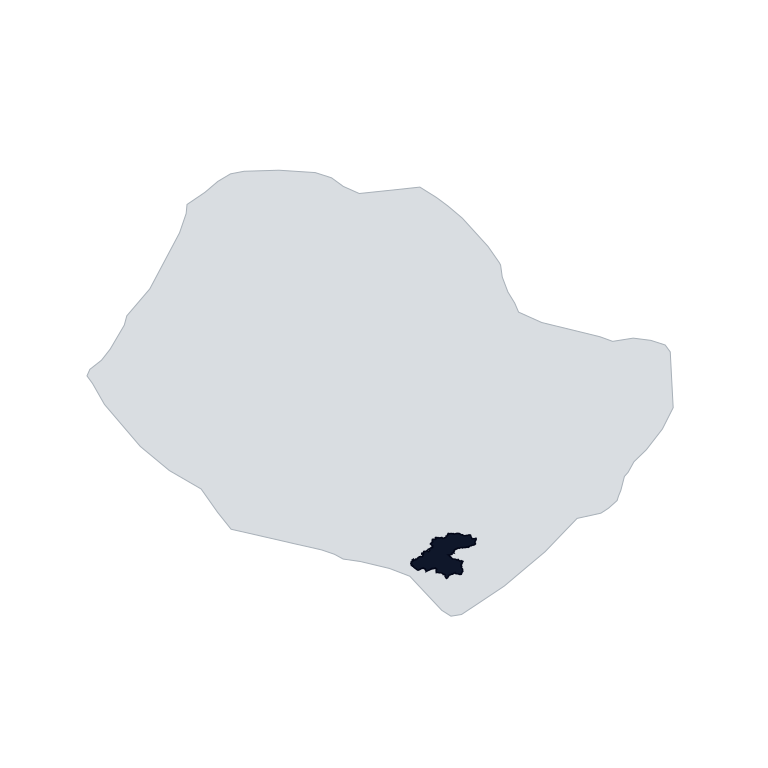 location of Mamants'o, Mafeteng, Lesotho, rotated 255°
{"feature_id": "5366337B49454872209470", "entity_name": "Mamants'o", "entity_type": "district", "adm_level": 2, "iso_a3": "LSO", "parent_name": "Lesotho", "parent_adm1": "Mafeteng", "projection": "equal_earth", "projection_center": [27.358, -29.661], "detail": "fine", "context": "in_parent", "style": "filled", "palette": "ink", "viewbox_px": 768, "rotation_deg": 255, "n_neighbors": 0, "source": "geoboundaries", "source_scale": "gbopen_adm2", "svg_char_len": 6772}
<svg xmlns="http://www.w3.org/2000/svg" viewBox="0 0 768 768"><g transform="rotate(255 384 384)"><path d="M489.9,520.1L471.3,526.8L468.7,527.4L456.7,525.9L440.8,527.5L428.3,531.2L418.6,532.6L402.6,552.2L373.7,604.9L366.0,615.9L363.8,636.6L357.1,653.0L348.9,665.7L340.9,668.8L317.0,663.7L286.3,657.2L268.5,641.3L252.6,620.4L244.2,605.3L235.5,596.9L232.5,592.3L219.9,585.2L215.2,581.6L211.1,579.0L206.0,568.9L203.1,560.1L204.2,535.7L195.4,521.1L180.3,496.2L170.8,475.8L157.7,447.9L149.6,424.0L141.3,399.2L142.4,388.6L150.3,381.3L173.6,368.8L191.6,359.2L204.5,341.4L218.7,315.1L225.5,299.2L232.4,292.0L239.9,280.8L253.0,255.9L267.6,228.4L283.3,198.7L303.0,190.1L329.9,180.2L355.9,154.3L386.8,132.4L436.6,108.7L459.9,102.6L468.7,99.2L474.3,103.7L480.1,117.3L488.6,128.6L508.1,148.4L516.4,153.2L536.5,182.4L558.1,202.5L582.9,225.6L599.8,237.0L608.4,240.2L615.5,260.7L622.7,275.9L626.7,290.1L625.7,303.9L617.7,337.8L606.0,372.3L596.7,386.7L585.4,395.8L574.4,409.4L570.0,437.1L564.9,469.6L550.5,483.0L539.4,491.8L523.9,502.6L489.9,520.1Z" fill="#d9dde1" stroke="#a8b0b8" stroke-width="1"/><path d="M222.8,406.8L222.7,407.0L222.5,406.9L222.1,406.4L221.5,406.5L221.1,406.1L221.0,405.7L221.1,404.7L220.1,404.3L219.8,404.1L219.8,402.7L219.4,402.1L219.8,401.2L219.7,401.1L219.6,400.8L220.0,400.5L220.7,400.3L220.9,399.6L220.8,398.8L221.0,398.1L220.9,397.8L221.2,397.2L221.4,396.4L221.7,396.3L221.5,395.8L221.5,395.6L222.4,394.6L222.4,394.1L222.2,393.8L221.9,393.8L221.3,394.2L221.0,393.7L220.6,393.7L220.6,393.0L221.0,392.4L221.4,391.1L221.4,390.5L221.2,390.4L220.8,390.5L220.3,390.1L219.9,389.8L219.4,390.3L218.7,390.1L218.3,388.8L218.2,388.3L217.5,387.4L217.2,387.6L216.9,388.1L216.2,388.2L215.7,388.6L215.4,389.1L215.1,388.8L214.5,389.0L214.3,388.9L214.1,388.1L213.4,388.4L213.3,387.7L213.6,386.7L213.1,385.6L213.0,384.6L212.9,384.1L212.1,384.8L211.7,385.0L211.2,385.0L211.0,384.8L210.5,383.8L210.8,383.6L210.8,383.2L211.8,382.9L212.1,382.6L211.8,382.0L211.5,380.8L212.0,379.5L212.0,379.1L211.6,378.8L210.9,378.8L210.7,378.6L210.6,378.2L210.8,376.9L210.8,376.7L210.1,376.4L209.9,376.4L209.9,376.7L210.1,376.9L209.8,377.4L209.8,378.0L209.6,378.2L208.6,377.3L207.3,376.5L207.3,376.1L207.7,375.4L207.7,375.0L208.0,374.5L207.9,374.1L208.0,373.4L207.6,372.6L207.5,372.0L207.0,371.8L206.9,371.0L206.5,370.6L206.2,370.2L206.1,369.9L206.6,369.5L206.7,369.4L206.4,369.0L206.4,368.7L206.1,368.5L205.9,368.1L205.9,367.8L206.0,367.5L206.7,367.1L207.2,367.1L206.7,365.7L206.6,365.8L206.0,365.9L205.8,366.3L205.5,366.2L205.3,365.7L205.1,364.3L204.7,364.4L204.2,363.8L203.8,363.5L203.4,363.4L202.9,363.7L202.7,364.3L202.3,364.2L202.0,363.5L201.7,363.5L201.5,364.1L200.6,364.3L200.5,364.5L200.5,365.2L199.9,365.1L199.4,365.3L198.0,366.3L197.6,366.9L197.3,366.9L195.9,368.0L195.5,368.4L195.4,368.9L195.3,369.1L195.5,370.3L196.0,372.2L196.2,374.2L195.7,374.1L195.4,375.3L195.1,375.7L194.7,375.6L194.4,375.8L194.1,375.7L193.8,376.0L193.5,375.9L192.9,376.2L192.7,376.1L192.4,376.4L192.1,376.3L192.2,376.5L192.4,377.2L192.2,377.4L192.2,377.5L192.4,377.9L192.5,378.6L192.5,379.3L192.8,380.4L192.8,380.8L193.0,381.1L193.0,381.5L193.2,381.8L193.0,382.0L193.5,382.7L193.3,382.9L193.3,383.2L193.2,383.6L192.9,383.5L192.9,384.1L192.7,384.4L193.0,384.8L193.0,385.5L192.8,385.4L192.6,385.9L192.4,386.1L192.2,386.1L192.0,386.4L192.1,386.5L191.8,386.6L191.8,386.8L191.4,387.1L191.2,387.0L190.8,386.4L190.0,385.9L189.7,386.0L188.3,385.7L188.2,386.7L188.0,387.3L187.3,388.5L187.1,389.5L186.7,390.7L185.3,391.8L184.6,391.9L184.7,392.7L184.1,393.7L183.6,393.8L183.3,393.4L182.1,393.2L181.7,393.5L180.5,393.7L180.0,394.1L180.2,394.5L180.3,395.2L181.5,396.4L181.7,396.6L181.9,396.6L182.0,397.0L182.5,397.3L182.6,397.5L182.5,398.5L182.5,399.0L182.9,399.9L182.7,400.3L182.8,400.5L182.6,400.7L182.5,401.2L182.8,401.6L183.2,402.6L183.2,403.4L183.4,403.7L182.5,403.8L181.8,405.3L181.5,406.5L180.7,407.3L180.5,407.7L180.3,408.5L180.2,409.1L180.2,409.3L180.8,409.2L180.9,409.4L180.8,409.6L180.9,409.8L181.1,409.7L181.3,410.0L181.7,410.2L181.7,410.5L181.9,410.6L181.9,410.4L182.2,410.7L182.1,410.9L182.3,411.2L182.6,411.6L182.8,411.5L183.5,411.7L184.1,411.9L184.7,411.9L185.1,411.9L185.2,411.7L185.9,411.6L186.5,411.2L186.8,411.1L187.0,411.2L187.3,411.2L187.5,411.7L187.8,411.5L188.1,411.8L188.4,411.8L188.5,411.6L188.8,411.4L189.1,411.5L189.3,411.8L189.5,411.7L189.9,412.0L190.1,412.5L190.4,412.2L190.5,412.3L190.5,412.9L191.0,413.0L191.3,413.3L191.6,413.1L191.7,413.3L191.6,413.7L192.0,413.9L192.1,414.3L192.5,414.2L192.8,413.4L193.4,412.8L193.3,412.6L193.2,411.4L193.4,411.2L193.8,411.1L194.5,410.5L195.2,410.4L195.4,410.2L194.9,409.5L195.0,409.1L195.9,408.1L196.5,407.2L196.5,406.8L196.6,406.7L197.0,405.6L197.0,405.3L197.3,405.1L197.5,404.7L198.0,404.4L198.6,404.3L199.1,403.7L199.6,403.7L199.6,403.4L200.0,403.4L200.7,402.7L201.1,402.6L201.5,402.7L202.1,402.1L202.0,402.8L201.8,403.0L201.9,403.3L201.8,403.5L201.8,403.8L202.0,404.1L201.9,404.5L202.0,404.6L201.9,404.9L202.0,405.2L201.9,405.6L202.6,405.9L202.8,405.9L203.0,405.9L203.0,406.3L203.2,406.6L202.8,407.4L203.0,407.3L203.5,408.1L203.9,408.2L204.1,408.4L204.3,408.0L204.5,408.1L204.8,408.1L205.0,408.3L205.1,408.7L205.5,408.9L205.7,409.3L205.5,409.6L205.8,409.9L205.9,410.3L205.8,410.5L206.0,410.7L205.8,411.0L205.8,411.6L206.0,412.0L206.2,412.5L206.4,412.5L206.4,413.2L205.8,414.1L206.0,414.9L206.1,416.4L205.9,416.5L205.8,416.9L205.8,417.1L205.5,417.2L205.4,417.3L205.6,417.5L205.4,418.4L205.5,418.4L205.5,418.7L205.4,418.8L205.1,419.6L205.1,419.8L205.3,420.1L204.9,420.4L204.9,421.0L205.0,421.7L204.9,421.7L204.9,421.9L205.2,422.0L205.1,422.3L205.1,422.9L205.1,423.1L204.6,423.0L204.6,423.3L204.8,423.5L204.6,423.6L204.8,423.8L204.8,424.4L205.1,424.6L205.4,425.7L205.2,426.3L205.3,426.5L205.2,426.7L205.3,426.9L205.5,427.3L205.2,429.0L205.4,430.1L205.6,430.4L205.8,430.9L206.6,431.1L207.0,430.7L207.5,430.7L208.3,431.2L209.1,432.1L210.4,433.0L211.2,432.9L211.2,432.4L211.0,431.7L211.0,431.4L211.3,431.0L211.3,430.6L211.5,430.0L211.3,429.4L211.4,429.0L211.2,428.2L211.4,428.6L211.9,428.8L212.6,428.9L213.3,428.6L213.9,428.5L214.8,428.5L214.9,428.3L215.2,428.3L215.7,428.4L216.0,427.9L216.0,427.7L216.3,426.9L216.1,426.0L216.2,425.9L216.1,425.3L216.4,424.6L216.3,424.3L216.5,424.1L216.4,423.2L216.6,422.6L216.9,421.8L217.3,421.2L217.6,421.2L217.8,420.9L218.1,420.8L218.2,420.0L218.4,419.6L218.4,419.4L218.9,419.2L219.2,418.8L219.6,418.6L219.8,418.3L220.0,418.2L220.2,417.7L220.2,417.4L220.5,417.1L220.5,416.9L220.6,416.6L220.7,416.4L220.7,416.2L220.8,416.0L220.7,415.7L220.9,415.3L220.8,413.6L220.7,413.4L220.9,413.3L220.9,412.8L221.3,412.6L221.3,412.2L221.7,412.0L221.6,411.3L222.1,410.6L222.4,409.2L222.3,408.6L222.4,408.3L222.9,407.9L222.9,407.6L223.0,407.5L223.0,407.3L222.8,407.3L222.8,406.8Z" fill="#0f172a" stroke="#020617" stroke-width="1.5"/></g></svg>